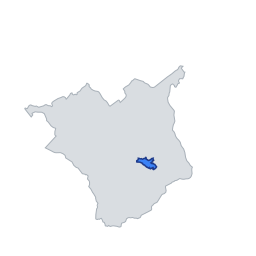 location of Djolu, Équateur, Democratic Republic of the Congo, rotated 142°
{"feature_id": "63176286B56364191841329", "entity_name": "Djolu", "entity_type": "district", "adm_level": 2, "iso_a3": "COD", "parent_name": "Democratic Republic of the Congo", "parent_adm1": "Équateur", "projection": "albers", "projection_center": [22.514, 0.679], "detail": "medium", "context": "in_parent", "style": "filled", "palette": "blue", "viewbox_px": 256, "rotation_deg": 142, "n_neighbors": 0, "source": "geoboundaries", "source_scale": "gbopen_adm2", "svg_char_len": 5095}
<svg xmlns="http://www.w3.org/2000/svg" viewBox="0 0 256 256"><g transform="rotate(142 128 128)"><path d="M205.4,163.3L189.6,165.9L189.9,166.8L189.8,167.7L189.3,168.4L187.7,170.3L185.3,172.1L185.3,172.5L186.6,174.4L187.3,177.1L187.2,181.8L187.5,183.1L187.5,184.1L186.6,185.2L185.1,190.8L186.2,193.5L189.3,196.0L191.2,197.9L194.3,198.6L194.8,198.5L195.0,196.9L197.5,196.3L197.5,206.3L197.4,206.8L196.9,207.0L196.3,206.6L196.1,205.7L195.4,205.3L192.4,206.5L191.6,206.5L190.8,206.3L190.2,205.8L190.0,205.0L187.8,202.1L186.8,201.9L185.6,199.3L180.8,197.4L179.0,197.3L178.0,196.7L177.1,194.7L175.5,193.3L175.1,191.9L174.8,191.7L173.8,192.0L173.0,194.3L171.9,194.9L169.9,194.9L165.0,194.3L161.5,193.1L160.6,193.1L159.2,192.1L158.6,190.3L159.0,188.9L158.7,188.7L153.4,189.9L152.1,190.6L150.9,190.4L150.5,190.0L151.0,189.0L150.8,188.0L150.4,187.5L148.8,187.2L148.3,186.0L147.3,185.9L147.0,186.0L146.8,186.8L146.2,187.1L143.0,186.7L139.7,187.7L135.2,187.4L133.1,188.6L132.8,188.6L132.4,188.0L132.0,186.1L132.2,185.5L132.8,185.2L133.1,184.4L132.8,182.4L133.0,181.9L132.8,180.8L132.1,179.0L131.2,177.5L129.2,175.3L128.8,174.2L129.0,171.7L129.6,167.8L129.5,164.8L128.7,162.9L128.6,160.8L129.1,157.1L128.6,156.2L118.5,155.9L118.1,155.6L117.9,155.1L118.4,152.9L112.2,153.4L110.4,153.9L109.3,154.8L108.9,155.9L108.9,157.5L107.9,159.0L107.7,161.7L106.0,161.9L104.3,161.9L101.0,161.4L97.8,162.1L96.2,162.8L95.4,162.5L92.6,162.7L92.2,162.5L88.9,157.4L87.5,155.6L87.2,154.8L87.3,154.0L86.9,152.9L85.4,150.3L85.2,149.0L85.2,147.1L85.1,146.4L83.7,144.8L82.8,144.2L81.8,143.9L65.4,144.0L60.0,143.7L56.0,143.9L54.0,143.7L53.5,143.5L51.7,143.8L50.7,144.5L49.3,144.8L48.4,144.7L46.7,142.8L49.1,142.4L49.2,142.2L49.4,137.6L48.8,137.0L50.1,136.2L52.1,134.2L54.0,133.5L54.3,133.1L54.7,133.1L55.4,133.9L57.1,135.1L59.2,134.1L59.4,133.8L59.7,131.9L60.2,131.7L61.1,132.1L61.6,132.1L62.5,131.6L65.2,130.6L65.9,131.9L65.2,133.0L65.5,133.8L65.6,135.1L66.0,135.4L68.1,135.5L68.7,135.2L72.9,130.7L74.0,130.2L75.8,128.4L78.1,127.6L79.1,126.2L80.5,123.6L81.1,119.9L80.9,113.6L81.1,112.7L83.9,109.9L86.8,104.6L88.8,103.3L90.2,102.7L92.5,100.8L94.3,98.9L94.1,96.6L94.5,94.7L95.5,92.3L95.8,89.7L95.5,87.0L95.6,84.7L97.0,81.2L97.1,77.1L98.3,73.7L100.7,69.4L101.8,66.1L101.6,62.9L101.9,60.6L101.8,59.2L101.4,58.0L101.6,57.3L102.5,56.9L103.6,55.7L105.6,52.6L107.8,51.1L109.3,50.6L110.9,50.7L111.9,51.0L113.6,52.2L115.5,53.2L116.9,54.4L118.3,56.3L121.6,56.7L123.1,57.4L124.0,57.7L124.3,57.5L125.0,57.6L126.6,58.2L127.8,57.9L134.1,59.1L134.8,58.5L136.5,55.2L137.8,54.1L139.9,54.0L141.6,54.6L142.5,54.6L150.1,51.8L151.1,51.6L153.9,52.3L155.7,51.9L156.5,52.0L158.0,51.5L159.3,49.5L160.4,49.0L171.3,51.1L173.0,50.1L173.8,50.0L176.3,50.7L177.0,51.9L178.5,53.0L179.5,54.7L181.2,55.6L182.0,56.5L183.0,57.2L185.0,57.4L187.5,55.8L189.3,56.0L191.1,56.8L191.7,56.8L193.1,55.8L193.8,54.9L194.5,54.7L195.6,55.1L196.4,56.0L197.2,57.3L200.0,60.2L202.7,61.4L203.3,63.2L204.3,63.0L204.8,63.2L205.5,64.3L206.0,64.6L206.1,65.0L205.4,66.1L204.8,68.2L205.6,69.4L204.9,71.3L204.6,73.2L205.5,73.6L206.6,73.6L207.6,74.6L208.4,74.7L209.3,75.8L209.1,76.6L206.5,79.7L202.5,83.6L201.2,84.0L200.5,84.7L200.1,85.8L198.9,86.8L198.0,87.2L198.0,89.9L196.7,92.7L196.1,93.3L195.5,97.9L195.6,98.7L194.9,102.5L195.0,106.0L193.1,107.1L191.8,108.8L191.2,110.0L191.3,112.8L189.1,114.6L188.9,115.0L189.5,117.0L190.3,117.3L190.3,118.0L192.1,120.1L192.0,126.7L192.1,127.4L193.1,128.9L193.7,131.9L193.0,135.7L195.5,142.7L194.4,145.2L195.0,147.6L196.4,150.2L199.8,152.7L200.8,153.7L201.6,155.1L202.5,157.2L205.4,163.3Z" fill="#d9dde1" stroke="#a8b0b8" stroke-width="1"/><path d="M132.0,93.7L132.1,93.8L132.4,93.5L132.6,93.6L132.9,93.4L133.0,93.5L133.2,93.3L133.4,93.4L133.7,93.9L134.4,94.2L135.0,94.3L135.6,94.4L136.0,94.7L136.3,95.6L136.7,95.7L137.3,96.1L137.7,96.7L137.9,97.2L138.2,97.3L138.5,97.8L139.1,97.1L139.7,96.7L140.2,96.8L141.3,96.8L142.0,95.9L141.9,95.7L141.6,95.4L141.0,95.0L140.9,94.9L140.3,94.3L139.8,93.9L139.4,93.4L139.4,93.1L138.9,92.5L138.7,92.1L138.5,91.7L138.4,91.4L138.6,91.3L138.7,91.2L138.6,90.8L138.6,90.5L138.4,90.1L138.5,89.5L138.4,89.3L137.9,88.9L137.7,88.4L137.8,87.7L137.7,87.3L137.5,86.8L137.5,86.7L137.4,86.4L137.5,86.0L137.1,85.5L137.2,85.3L137.1,85.1L136.9,85.0L136.8,84.7L136.7,84.3L136.6,84.2L136.3,83.8L136.3,83.7L136.2,83.7L136.3,83.6L136.2,83.4L136.0,83.2L135.9,82.9L135.8,82.7L135.6,82.7L135.5,82.4L135.4,82.5L135.3,82.3L135.2,82.2L134.8,82.0L134.7,81.9L134.4,81.7L134.4,81.8L134.1,81.7L134.1,81.8L133.9,81.7L133.7,81.6L133.4,81.6L133.2,81.5L132.6,81.5L132.7,80.5L132.9,80.1L133.6,79.8L133.3,79.4L133.2,79.4L132.8,79.5L132.0,79.3L131.1,79.3L129.4,79.8L129.3,82.9L129.6,83.2L129.9,83.8L129.9,84.6L130.6,84.8L130.9,85.0L131.2,85.6L131.4,86.4L130.8,86.3L130.2,86.2L129.7,86.5L129.3,87.0L128.7,87.0L128.5,86.8L128.2,86.6L127.6,86.8L127.6,87.4L127.3,88.3L126.8,88.7L127.8,89.2L128.1,89.1L128.3,89.3L128.7,89.2L129.0,89.3L129.3,89.2L130.1,89.3L130.7,89.3L130.9,89.5L131.2,89.6L131.5,89.6L131.8,89.7L132.1,90.1L132.2,91.2L132.8,91.9L132.8,92.2L132.8,92.6L132.3,92.9L132.2,93.1L132.0,93.7Z" fill="#3b82f6" stroke="#1e3a8a" stroke-width="1.5"/></g></svg>